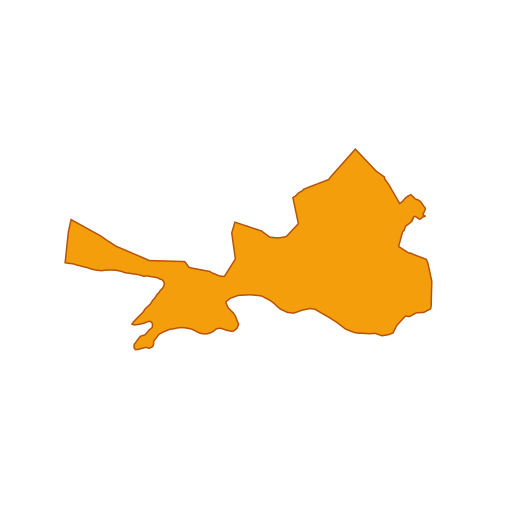 outline of Odukpani, Cross River, Nigeria, rotated 302°
{"feature_id": "59680162B36423706884187", "entity_name": "Odukpani", "entity_type": "district", "adm_level": 2, "iso_a3": "NGA", "parent_name": "Nigeria", "parent_adm1": "Cross River", "projection": "robinson", "projection_center": [8.065, 5.245], "detail": "fine", "context": "isolated", "style": "filled", "palette": "amber", "viewbox_px": 512, "rotation_deg": 302, "n_neighbors": 0, "source": "geoboundaries", "source_scale": "gbopen_adm2", "svg_char_len": 3575}
<svg xmlns="http://www.w3.org/2000/svg" viewBox="0 0 512 512"><g transform="rotate(302 256 256)"><path d="M391.0,323.2L391.6,313.6L391.6,313.1L399.3,283.6L361.0,277.1L359.7,277.3L338.0,261.1L335.8,260.7L332.0,258.6L328.2,257.9L325.1,256.3L305.9,274.8L288.5,271.4L283.2,265.5L279.3,257.8L280.1,247.3L273.5,220.2L262.7,223.2L242.5,240.1L222.3,240.0L221.7,239.8L219.7,235.5L218.3,226.9L218.4,225.0L211.4,207.1L210.9,205.3L213.5,198.5L195.7,168.1L190.1,132.0L190.3,121.4L190.7,113.7L188.9,79.9L177.0,84.1L149.1,97.7L149.8,99.3L152.7,105.8L153.2,108.4L154.4,111.7L155.5,115.6L156.7,118.9L157.9,124.1L159.6,128.6L161.9,133.2L162.4,133.7L164.2,135.8L165.9,138.4L166.6,139.3L167.6,141.0L169.4,144.2L170.5,146.8L171.7,150.1L172.3,153.4L174.6,158.6L176.9,163.8L178.6,168.3L179.2,171.6L181.5,174.2L182.6,177.4L184.4,181.3L185.5,184.6L185.5,185.6L185.5,186.6L185.9,188.2L186.1,189.2L185.6,190.5L185.0,191.8L183.9,193.1L181.0,193.8L178.7,193.8L176.4,193.1L173.6,193.1L171.3,192.5L167.3,192.5L163.3,191.9L159.3,191.9L152.4,190.0L148.4,190.0L143.4,188.8L143.3,188.7L142.6,188.6L137.5,187.5L135.7,187.2L132.5,186.8L133.0,189.2L134.7,191.4L136.5,193.4L138.2,195.3L140.5,197.3L142.5,198.6L144.0,200.2L144.6,201.2L144.3,202.8L143.2,204.5L142.0,205.1L140.6,205.8L139.2,205.5L137.1,204.8L136.0,204.5L133.4,204.2L131.7,203.9L130.2,203.6L128.8,202.3L127.6,201.3L126.5,200.4L125.0,200.4L124.0,200.1L123.3,200.1L122.2,200.1L121.9,200.1L120.4,199.8L118.2,199.8L116.7,199.5L115.3,200.1L113.3,201.5L112.7,203.4L113.4,204.4L113.6,204.7L114.5,205.7L115.6,206.7L115.7,206.8L116.9,207.9L117.9,208.9L119.4,210.2L120.3,211.5L120.8,212.9L121.1,214.2L122.3,215.1L123.7,216.1L124.9,216.4L126.0,216.1L127.2,215.7L128.3,215.1L129.8,214.4L132.1,214.7L133.5,214.7L135.2,215.0L136.7,215.0L138.4,215.3L140.1,216.3L142.4,217.6L143.3,218.2L144.7,219.2L145.9,220.2L147.0,220.8L148.8,222.4L149.4,223.3L150.0,224.0L150.5,224.7L152.2,226.3L152.9,227.0L153.7,227.9L154.0,228.3L155.4,230.2L157.2,233.2L158.1,235.4L159.2,238.0L159.8,239.7L160.1,241.3L160.1,243.0L160.4,243.9L160.4,244.3L160.4,245.9L160.6,247.4L161.2,250.6L162.4,253.2L164.1,255.8L166.4,257.8L169.3,259.7L173.3,261.0L175.6,263.6L176.7,266.8L177.3,269.9L179.0,274.7L180.4,276.7L182.3,277.4L184.5,278.2L185.4,278.1L186.4,277.9L188.7,277.6L191.1,274.4L194.0,270.5L195.7,266.9L197.3,259.8L200.8,254.8L201.2,254.7L206.5,256.6L213.2,261.8L220.0,271.6L223.2,277.9L224.6,281.0L225.1,282.1L225.8,291.8L225.3,297.1L224.5,300.2L223.9,305.2L224.4,308.7L224.8,312.5L227.3,317.8L228.3,318.9L230.1,320.3L232.1,321.9L234.4,323.7L240.0,329.6L242.1,334.2L242.3,340.9L242.3,341.4L242.6,348.9L242.6,359.3L241.5,370.5L242.4,376.0L243.7,381.4L250.2,393.4L253.6,398.2L255.2,405.2L259.8,410.4L263.5,413.0L266.6,412.6L266.8,412.6L272.1,412.2L273.1,412.4L284.4,414.6L286.0,418.3L290.5,420.8L292.8,422.2L297.0,428.1L303.7,432.1L306.3,431.1L327.7,418.5L341.0,405.6L343.4,402.2L340.8,389.1L340.4,385.3L339.5,384.5L339.6,371.9L354.6,367.4L356.2,368.1L360.2,367.0L365.3,368.9L368.3,369.8L368.8,369.3L369.1,369.5L369.5,369.4L369.7,369.7L370.1,369.5L370.4,369.3L370.6,369.4L370.9,369.3L371.4,369.4L372.5,368.9L372.9,369.0L373.3,369.2L373.8,369.9L374.0,370.4L373.8,375.3L375.1,376.1L375.6,376.3L376.5,376.4L377.0,376.5L377.4,376.7L378.8,378.0L379.3,378.3L379.6,377.9L379.3,376.9L379.5,375.9L380.3,375.3L382.8,375.3L384.8,374.9L386.2,374.2L386.9,373.1L387.1,371.8L388.6,368.7L389.4,366.7L389.4,363.2L389.0,362.1L388.8,360.7L389.2,359.2L390.1,354.9L387.1,353.0L383.9,351.9L379.9,351.3L376.6,350.1L386.9,330.8L389.5,324.4L391.0,323.2Z" fill="#f59e0b" stroke="#b45309" stroke-width="1.5"/></g></svg>